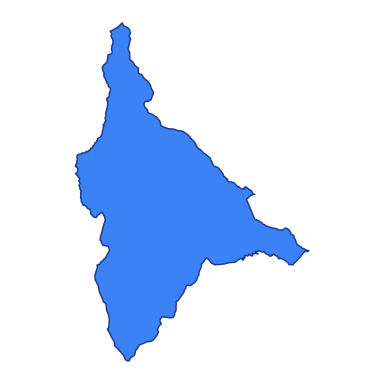 Brosteni, Vrancea, Romania (Natural Earth projection)
{"feature_id": "2599482B78982414429299", "entity_name": "Brosteni", "entity_type": "district", "adm_level": 2, "iso_a3": "ROU", "parent_name": "Romania", "parent_adm1": "Vrancea", "projection": "natural_earth1", "projection_center": [27.004, 45.77], "detail": "fine", "context": "isolated", "style": "filled", "palette": "blue", "viewbox_px": 384, "rotation_deg": 0, "n_neighbors": 0, "source": "geoboundaries", "source_scale": "gbopen_adm2", "svg_char_len": 5932}
<svg xmlns="http://www.w3.org/2000/svg" viewBox="0 0 384 384"><path d="M308.5,250.6L307.0,250.4L303.1,248.4L302.2,248.4L300.9,246.5L299.2,246.0L297.7,244.9L296.3,243.0L295.3,239.5L294.7,238.8L294.2,237.8L294.0,235.9L293.8,235.5L290.9,234.0L290.6,232.5L290.1,231.5L289.1,230.1L287.4,228.7L286.0,228.1L285.4,228.2L284.9,228.4L283.3,229.8L279.3,230.2L275.9,228.5L272.1,227.9L271.4,227.5L270.1,227.4L267.9,226.4L266.6,226.2L264.4,224.6L262.4,223.9L262.0,222.9L261.4,222.4L260.2,221.9L259.0,220.9L256.5,219.7L255.4,219.6L254.7,219.2L246.6,199.7L246.8,199.1L250.2,195.9L252.1,194.8L254.0,194.2L252.9,193.7L251.6,191.0L248.6,189.1L246.6,187.4L245.4,186.9L244.2,187.9L244.0,189.1L240.3,188.4L239.3,187.2L237.5,186.4L235.9,185.0L235.0,183.6L233.9,182.9L230.9,181.8L229.1,182.0L227.3,180.5L227.1,180.1L227.6,179.4L223.8,176.1L223.5,175.6L222.7,173.3L218.5,168.0L216.9,167.1L214.6,166.4L213.6,165.5L212.7,164.0L211.2,160.6L209.5,157.3L208.9,157.1L207.0,155.4L204.8,153.7L203.4,153.0L200.7,149.8L198.7,148.7L197.9,148.0L196.7,146.5L195.6,143.7L194.9,142.8L194.6,142.7L194.6,142.2L194.0,141.3L191.9,139.8L192.0,139.4L190.2,138.0L189.8,136.7L188.1,135.0L184.5,132.4L181.1,130.8L178.4,130.9L175.7,129.7L173.2,129.1L168.1,128.7L162.7,126.8L160.6,125.3L160.5,123.3L159.6,120.7L157.4,118.5L157.1,117.7L156.2,116.8L155.0,116.3L152.3,114.3L148.8,113.2L148.2,112.7L147.7,111.5L147.7,110.3L147.1,109.4L144.9,107.1L144.7,106.5L144.0,104.7L144.1,103.3L145.5,101.4L146.8,101.2L146.9,101.4L147.3,101.2L148.6,101.4L149.1,100.7L151.1,99.7L152.0,96.8L153.2,93.8L153.4,93.0L153.2,91.7L151.3,88.5L150.7,87.0L150.8,86.2L149.2,83.2L146.6,80.4L144.6,78.9L141.6,74.6L138.8,73.7L138.3,73.1L138.4,68.1L134.6,65.4L133.5,62.8L133.0,62.1L129.8,59.6L129.7,53.0L128.0,49.0L129.5,43.2L129.8,40.9L130.6,39.7L130.6,39.2L129.1,35.7L129.4,34.7L130.4,33.5L130.4,32.9L129.8,31.1L129.8,30.1L127.9,27.8L123.7,25.8L122.1,23.0L118.5,26.6L113.7,29.6L110.4,31.2L110.4,31.7L111.2,32.7L111.6,33.7L111.6,34.5L111.1,35.9L111.1,36.6L111.8,38.0L112.6,38.8L113.0,40.8L112.8,44.5L111.8,45.8L112.0,46.7L111.4,48.8L111.6,50.0L112.1,50.9L112.1,52.2L111.9,53.1L111.2,53.9L108.1,54.9L107.9,55.4L107.6,58.9L107.0,61.6L105.5,63.7L103.8,65.0L102.3,66.9L102.3,67.7L102.7,68.9L102.5,69.9L104.1,73.0L103.8,74.1L104.1,75.2L103.9,76.8L105.4,78.4L105.4,79.1L105.8,80.2L106.7,81.2L106.5,82.3L106.6,82.6L107.7,83.4L108.2,84.0L108.3,86.1L110.1,87.9L110.6,89.3L109.9,92.0L109.3,93.0L109.5,93.7L109.1,94.3L109.3,95.5L109.2,96.1L108.0,97.8L107.2,98.1L106.9,98.5L106.8,100.1L107.2,100.3L107.6,101.7L107.6,103.6L107.9,104.5L107.5,105.4L107.4,107.3L106.8,108.6L106.6,110.0L106.3,110.9L106.3,111.6L105.9,112.3L105.8,113.4L106.0,115.8L105.2,117.4L105.3,119.4L106.1,121.3L104.5,122.3L104.4,122.5L104.6,123.2L104.4,123.6L103.1,124.9L104.1,126.0L103.2,127.1L103.3,128.8L102.3,131.5L102.3,133.5L101.2,135.5L101.2,136.1L97.5,139.0L97.4,140.3L96.8,140.6L96.7,141.3L96.0,142.4L94.8,143.1L94.3,144.9L93.9,145.4L93.2,145.7L92.5,147.4L92.0,147.9L90.9,148.2L90.0,150.1L88.8,150.6L88.2,151.5L86.1,151.5L85.8,151.7L85.8,152.4L85.5,152.7L82.1,153.1L82.0,153.9L79.7,154.1L77.8,154.8L77.3,155.2L77.0,156.0L77.0,157.6L77.3,158.0L77.4,159.5L76.8,161.0L76.9,162.7L76.1,164.0L75.5,166.1L75.7,166.6L76.7,167.2L77.5,168.1L77.8,169.1L77.7,170.3L77.9,170.9L77.2,172.3L75.9,173.2L75.7,173.6L76.4,174.7L77.6,175.1L78.3,177.2L79.4,178.1L79.7,178.7L79.5,179.7L78.9,180.3L78.8,181.1L79.8,182.5L80.0,183.8L79.1,185.2L79.0,185.7L79.8,187.1L79.8,188.5L80.3,189.3L80.2,189.6L81.1,190.8L80.7,192.7L80.9,195.5L80.6,196.4L80.7,198.0L81.1,199.2L81.3,201.4L82.0,202.3L82.5,204.2L83.5,205.2L84.9,205.5L85.9,206.2L86.8,207.0L87.4,208.2L90.3,209.7L90.7,213.4L91.2,214.3L93.1,216.5L94.7,217.3L96.0,217.6L98.3,214.7L102.2,212.3L104.2,215.9L105.4,220.0L104.0,223.9L101.4,233.7L100.2,238.4L100.2,240.4L101.3,241.3L101.5,242.7L103.1,245.5L108.1,246.1L109.5,249.8L109.0,251.8L107.2,254.4L106.6,256.0L105.6,257.8L103.3,259.9L102.1,261.3L101.0,261.8L99.8,264.1L97.2,265.1L97.4,265.4L97.3,268.0L95.8,272.1L95.0,274.9L95.2,279.8L98.3,285.8L99.3,291.6L102.6,299.2L103.3,301.6L106.0,303.9L106.6,310.2L108.6,315.0L109.3,319.0L108.9,326.8L108.2,328.3L107.4,329.0L109.4,332.6L111.3,336.7L114.5,342.2L114.5,345.7L116.7,347.6L123.6,355.3L125.4,359.7L127.8,361.0L129.4,360.6L130.2,358.3L131.8,356.9L133.9,355.7L134.4,355.1L135.1,353.4L135.3,350.9L137.4,348.3L139.3,344.9L144.3,343.1L145.5,342.2L146.6,341.8L149.9,341.6L152.4,340.7L153.3,340.0L156.6,335.8L158.0,333.1L158.4,331.6L157.4,329.4L159.3,325.7L161.1,324.0L161.2,323.3L160.2,321.9L159.9,320.5L160.3,318.9L161.6,317.1L164.2,317.0L169.9,317.8L173.1,317.5L173.4,317.3L174.7,314.5L174.7,312.7L175.8,310.9L176.1,309.5L176.0,305.9L176.3,304.6L176.1,302.2L176.2,301.4L177.6,300.9L178.1,300.5L183.6,292.7L184.0,291.8L184.6,289.6L185.9,288.1L185.9,286.7L186.5,285.8L187.4,285.3L189.8,285.6L190.9,285.3L195.0,282.3L196.2,280.8L196.8,279.9L196.9,278.7L197.6,277.0L198.1,276.0L198.7,275.3L199.0,272.3L201.3,266.6L201.6,264.0L204.4,260.9L205.0,259.3L205.8,258.6L206.3,258.3L207.2,258.3L208.0,258.8L211.4,263.1L215.2,264.9L216.4,264.5L218.2,264.6L224.7,263.9L227.4,263.0L228.9,262.7L235.0,262.2L237.2,260.7L238.5,259.6L240.7,258.5L241.9,258.8L242.5,259.7L243.1,260.1L243.7,258.9L243.1,258.6L243.2,257.8L243.5,257.4L244.4,258.3L244.9,257.6L245.0,257.3L244.6,255.9L246.6,255.4L247.8,256.0L248.5,255.0L248.5,254.7L248.9,254.3L250.4,255.3L251.6,255.9L252.5,255.8L253.0,254.4L252.2,253.8L252.5,253.1L254.3,253.6L255.3,253.1L257.8,254.0L257.9,253.6L255.8,252.3L255.6,252.0L255.6,251.4L258.2,251.3L258.8,250.5L262.0,252.1L264.0,251.6L265.7,253.7L268.0,254.7L268.3,254.7L269.4,255.8L270.6,256.3L271.0,255.7L271.9,255.5L272.3,254.6L273.4,254.2L273.8,254.4L277.4,256.5L278.7,258.6L279.2,258.7L279.5,258.5L280.6,258.4L282.6,259.0L284.5,260.0L288.2,262.9L288.5,263.9L289.0,264.6L293.2,264.7L293.4,263.8L293.7,263.3L295.9,261.5L297.8,259.6L305.3,250.7L307.0,251.7L308.0,251.4L308.5,250.6Z" fill="#3b82f6" stroke="#1e3a8a" stroke-width="1.5"/></svg>